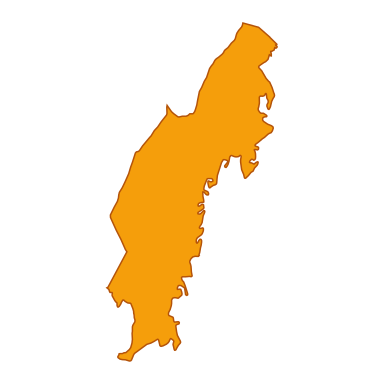 outline of Cota, Cundinamarca, Colombia
{"feature_id": "7082276B44065985457815", "entity_name": "Cota", "entity_type": "district", "adm_level": 2, "iso_a3": "COL", "parent_name": "Colombia", "parent_adm1": "Cundinamarca", "projection": "equal_earth", "projection_center": [-74.11, 4.786], "detail": "fine", "context": "isolated", "style": "filled", "palette": "amber", "viewbox_px": 384, "rotation_deg": 0, "n_neighbors": 0, "source": "geoboundaries", "source_scale": "gbopen_adm2", "svg_char_len": 6042}
<svg xmlns="http://www.w3.org/2000/svg" viewBox="0 0 384 384"><path d="M106.9,287.8L108.9,289.5L109.4,291.2L110.0,292.4L112.1,292.6L112.3,293.3L112.1,294.9L112.2,295.8L114.7,300.4L115.7,301.8L116.8,302.7L117.0,303.3L117.1,305.7L117.6,306.9L118.1,307.1L119.2,306.4L120.6,304.3L121.8,301.6L123.0,300.0L123.8,300.1L125.1,301.4L127.3,302.7L128.0,303.0L130.3,303.2L130.9,303.7L132.8,308.4L133.6,311.2L133.7,313.2L134.1,314.9L134.3,317.8L135.0,320.0L134.9,321.8L132.9,325.2L132.4,326.8L132.4,331.3L132.1,333.4L132.4,339.5L132.0,343.1L130.7,347.6L129.4,349.5L125.9,352.6L124.0,352.8L122.3,353.6L119.9,353.6L119.1,353.8L118.9,354.8L117.9,356.6L117.8,357.0L118.1,357.7L120.0,359.1L122.2,359.6L125.5,359.8L129.4,361.0L130.7,360.8L131.5,360.0L133.8,354.4L134.8,353.2L146.9,344.3L150.8,343.1L153.9,341.5L157.4,339.3L157.9,339.3L158.3,339.6L158.7,340.4L159.9,345.5L160.4,346.1L161.1,346.3L162.9,345.9L166.4,344.2L168.3,342.6L169.3,341.0L170.2,339.0L170.7,338.6L171.2,338.7L173.5,340.5L173.8,341.4L173.1,344.1L173.1,344.7L174.2,349.5L174.6,350.2L175.0,350.3L175.9,349.8L176.9,347.8L178.4,345.3L180.2,343.2L180.6,342.3L180.4,341.2L177.4,335.4L176.6,331.9L175.8,325.9L176.0,325.2L177.0,324.5L178.9,323.9L179.2,323.3L179.3,322.6L179.1,322.2L178.6,321.8L177.3,321.8L174.7,322.1L174.1,321.7L173.7,320.8L173.3,317.9L172.9,317.2L168.9,315.5L168.5,314.5L168.5,313.1L168.8,312.1L170.1,309.6L171.3,305.6L171.6,303.4L171.6,300.1L172.3,298.7L172.9,298.1L174.0,297.7L175.5,297.7L178.0,298.2L178.4,298.1L181.7,295.2L181.9,294.7L182.0,293.6L181.7,292.0L180.8,289.4L180.0,289.1L177.6,289.4L177.3,289.1L177.4,287.7L178.1,286.0L179.0,285.4L181.1,285.6L184.2,287.7L184.6,288.4L184.9,289.9L185.6,294.7L186.8,295.4L187.6,294.9L187.7,294.3L187.6,293.5L185.2,285.9L183.7,282.0L182.5,280.7L181.8,279.4L181.6,278.3L181.6,277.4L182.4,276.8L185.4,276.8L189.6,276.4L191.1,276.7L191.9,276.3L192.1,275.7L191.4,272.0L191.0,266.4L190.6,264.6L189.7,262.2L189.8,261.0L190.9,258.8L192.7,257.0L195.0,256.3L198.3,256.4L198.7,256.1L199.2,255.4L198.9,255.2L199.7,252.5L200.5,247.7L201.2,245.0L201.6,242.1L201.6,240.6L201.1,239.5L200.1,239.2L198.9,240.4L197.8,242.5L197.2,243.1L196.9,243.1L196.4,242.6L196.2,240.8L196.5,239.2L196.9,238.4L197.8,237.4L201.5,234.7L202.3,233.5L203.1,231.5L203.4,230.2L203.4,228.7L203.2,228.2L202.6,227.9L200.9,228.4L199.9,228.4L199.5,228.0L199.4,227.3L199.9,226.3L201.2,224.5L202.1,222.5L203.2,215.8L204.5,212.8L204.8,211.6L204.5,210.7L203.8,210.6L200.5,213.8L199.4,214.1L198.0,213.8L197.8,213.1L198.1,212.4L203.1,209.0L203.9,207.9L203.6,205.4L203.5,204.8L203.1,204.5L202.6,204.3L201.8,204.4L200.0,205.8L198.9,206.2L198.1,205.8L198.1,204.6L198.6,203.6L199.6,202.9L201.1,202.5L203.5,202.2L203.8,202.0L203.7,200.1L202.9,196.1L202.8,192.0L204.0,192.0L205.6,194.0L206.6,194.8L208.0,195.0L208.5,194.4L208.6,193.8L208.5,193.1L208.0,192.0L207.4,191.5L204.3,190.1L204.0,189.7L203.8,189.1L204.1,186.9L204.4,185.7L207.0,179.1L207.8,178.6L211.6,178.6L212.4,179.2L212.9,180.1L212.9,180.9L212.7,181.2L211.5,181.8L210.4,181.8L208.8,181.0L208.3,181.0L208.1,181.2L207.9,181.7L208.0,183.5L208.7,186.7L209.4,187.8L210.0,187.8L211.3,186.7L213.3,185.4L215.4,184.7L216.4,183.9L216.7,183.0L217.0,179.0L217.4,175.4L221.4,162.9L221.8,162.0L223.3,159.7L224.1,159.6L225.6,159.9L227.2,160.5L227.6,161.0L227.6,161.8L227.4,162.4L224.7,165.8L224.7,166.4L225.2,167.3L226.1,167.4L227.2,166.0L228.1,164.2L229.0,161.3L229.7,157.1L230.7,155.7L231.6,155.5L234.3,156.6L236.0,156.9L238.0,156.7L238.9,156.4L239.8,155.5L240.4,155.4L240.8,155.6L241.2,156.6L240.6,159.8L240.6,162.0L241.5,168.6L241.7,169.8L243.6,174.3L244.4,177.6L244.7,178.1L245.1,178.3L245.8,178.1L248.4,175.6L251.0,172.4L253.1,171.1L254.5,168.1L257.1,165.3L257.7,164.2L258.1,162.8L258.1,162.1L257.7,161.8L256.4,162.2L254.0,164.1L251.5,162.9L250.1,162.7L249.5,162.3L249.6,161.6L250.2,160.6L251.5,159.3L252.7,159.4L253.5,160.1L253.9,160.2L254.8,159.6L255.4,158.8L255.6,156.9L255.5,153.8L255.1,151.9L254.3,150.0L254.4,149.6L255.1,149.5L257.6,149.9L258.3,149.4L258.5,149.0L258.6,147.8L258.4,147.3L257.8,146.9L255.4,146.1L255.1,145.7L255.1,145.0L255.8,144.1L258.0,142.5L262.5,138.7L264.5,137.4L268.0,134.2L269.1,133.5L271.2,132.6L272.4,130.8L273.2,128.4L273.1,127.2L272.7,126.6L271.2,125.6L267.7,124.2L263.7,121.5L262.7,120.3L262.6,119.0L263.0,117.6L264.6,116.9L266.5,116.7L266.8,116.3L266.8,115.7L266.4,115.2L263.5,113.3L261.0,113.2L260.5,113.0L259.5,112.0L258.3,110.1L258.2,109.4L258.2,108.4L258.7,106.9L259.4,103.1L259.3,97.2L259.8,96.5L260.3,96.1L262.8,96.2L264.0,95.8L264.8,95.0L265.5,93.6L265.9,93.5L266.1,93.6L266.4,94.4L266.8,98.0L268.1,100.5L268.2,101.3L268.1,102.6L267.0,104.7L266.9,106.1L267.9,108.8L268.4,109.3L268.9,109.4L269.4,108.9L270.4,106.8L271.7,101.3L273.1,98.4L274.2,96.7L274.5,95.5L274.3,94.1L273.8,93.0L272.1,87.6L269.7,82.2L268.5,81.2L266.1,78.4L261.7,70.8L259.0,67.9L258.7,67.3L258.7,66.8L258.9,66.2L260.2,65.1L264.0,62.5L265.6,61.7L268.0,59.4L269.4,54.7L269.7,54.8L270.0,55.6L271.3,55.9L271.3,53.9L270.8,52.5L270.7,51.4L271.1,51.3L271.6,51.5L272.4,50.9L273.9,50.2L274.2,49.8L274.6,47.9L274.9,47.5L275.9,48.2L276.7,47.6L277.1,47.0L277.0,46.4L276.5,45.7L275.9,45.6L275.6,45.0L276.8,44.2L269.9,37.4L269.8,37.1L258.6,27.3L242.9,23.0L242.4,25.3L241.7,26.9L238.6,30.5L236.9,33.2L236.3,34.9L235.3,38.7L234.3,40.4L231.3,43.2L228.0,47.6L225.0,50.0L224.3,50.9L223.5,52.6L222.2,54.2L218.5,57.3L216.3,58.8L214.9,60.3L213.0,63.9L211.4,65.8L209.6,68.5L206.6,77.5L204.3,81.3L201.7,87.4L199.4,91.5L197.6,100.4L196.8,105.0L195.5,109.3L194.7,111.5L193.5,113.3L192.8,113.8L189.8,113.8L188.2,115.3L186.2,116.2L182.4,116.2L179.0,117.0L177.9,116.8L173.7,113.7L171.5,111.7L167.1,105.4L166.8,107.1L167.0,113.5L166.5,115.1L161.2,121.8L157.7,127.0L154.4,130.5L151.1,135.9L149.7,137.4L142.6,145.9L139.6,150.4L138.5,151.4L136.4,151.9L135.4,153.0L132.5,162.1L130.7,167.0L128.7,173.7L125.2,181.6L123.1,186.0L122.1,188.0L119.4,192.3L118.8,194.7L118.4,198.1L117.4,201.4L114.2,207.2L110.4,215.0L110.5,217.5L112.3,221.5L116.3,230.3L121.0,239.5L125.4,249.5L126.9,251.8L108.0,287.2L106.9,287.8Z" fill="#f59e0b" stroke="#b45309" stroke-width="1.5"/></svg>